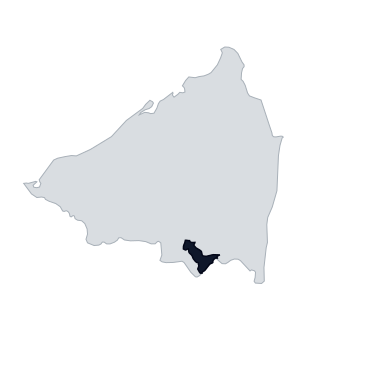 where Madriz sits in Nicaragua, rotated 230°
{"feature_id": "NIC-665", "entity_name": "Madriz", "entity_type": "Department", "adm_level": 1, "iso_a3": "NIC", "parent_name": "Nicaragua", "parent_adm1": "", "projection": "robinson", "projection_center": [-86.499, 13.43], "detail": "fine", "context": "in_parent", "style": "filled", "palette": "ink", "viewbox_px": 384, "rotation_deg": 230, "n_neighbors": 0, "source": "natural_earth", "source_scale": "10m", "svg_char_len": 3357}
<svg xmlns="http://www.w3.org/2000/svg" viewBox="0 0 384 384"><g transform="rotate(230 192 192)"><path d="M306.8,68.6L305.4,70.8L303.8,72.2L300.6,79.1L299.5,79.7L299.3,74.6L297.3,73.9L295.1,75.8L293.8,78.4L295.8,81.8L297.5,81.9L299.6,82.8L305.4,106.6L304.2,110.9L300.7,117.5L297.4,123.1L294.0,126.6L289.9,141.6L286.2,165.9L289.0,187.8L287.7,208.0L288.9,212.8L289.3,218.7L286.5,219.8L284.9,219.6L283.3,216.0L283.5,212.8L285.1,209.0L285.8,203.9L285.0,201.2L283.4,207.0L280.5,209.7L278.7,210.6L276.8,213.5L278.8,219.0L281.3,223.1L282.1,226.0L281.2,229.5L280.7,241.3L279.8,240.9L278.9,239.3L276.2,239.2L275.9,244.0L276.2,246.7L273.9,248.7L273.1,250.8L275.0,252.2L277.0,253.1L279.5,252.9L281.5,258.7L282.2,263.5L277.5,267.9L275.9,271.5L273.2,275.9L271.7,280.3L271.2,283.4L273.1,293.2L276.4,300.2L279.1,304.7L282.8,305.7L282.0,310.3L279.2,313.3L274.2,315.8L268.7,316.2L259.6,313.9L255.9,313.6L254.5,312.4L254.1,310.1L251.5,306.6L246.7,302.0L244.0,302.3L239.5,301.3L232.1,298.2L228.7,297.8L223.8,300.5L218.1,304.0L204.3,298.5L194.6,294.6L185.9,291.2L183.6,289.8L181.7,290.1L180.1,291.9L178.2,295.2L177.6,296.1L176.6,297.0L175.4,297.2L175.4,295.7L171.1,289.3L164.3,281.6L138.4,257.9L128.9,243.8L123.8,233.6L118.9,228.3L104.9,217.4L101.7,213.1L87.9,198.6L77.3,190.1L77.2,186.5L81.5,182.0L83.7,182.2L86.0,185.5L89.7,189.1L91.5,189.2L94.1,187.5L94.2,185.7L108.3,185.0L110.9,184.1L113.4,181.4L114.8,177.7L115.0,174.1L115.5,171.5L117.8,169.0L121.9,168.3L125.1,168.0L126.1,166.3L125.1,160.9L123.4,147.6L123.1,143.9L123.6,141.2L124.9,140.1L131.2,139.5L143.1,140.6L145.4,139.8L150.2,132.2L154.6,126.7L157.7,124.2L160.2,123.5L163.1,128.4L173.1,135.4L174.8,135.0L175.8,134.6L176.2,133.6L176.0,130.4L178.5,127.4L183.7,124.7L188.9,120.1L194.2,113.4L198.7,109.4L202.6,108.3L204.0,106.4L203.1,103.9L203.4,100.4L204.9,95.9L207.2,93.2L210.1,92.5L211.3,91.1L210.7,88.9L211.2,86.5L213.9,82.6L220.2,79.3L223.9,80.4L226.9,84.9L231.1,87.9L236.7,89.6L240.9,89.0L244.0,86.2L246.7,85.3L249.2,86.4L250.4,85.8L250.6,83.4L251.8,82.9L254.2,84.2L256.3,84.5L258.2,83.9L258.9,82.7L259.3,81.6L260.6,80.7L265.4,81.6L270.7,80.2L276.7,76.6L280.6,75.0L282.5,75.4L284.8,73.6L287.5,69.6L293.7,67.8L306.8,68.6Z" fill="#d9dde1" stroke="#a8b0b8" stroke-width="1"/><path d="M125.0,168.9L125.3,168.6L126.0,167.9L126.4,167.2L126.5,166.3L126.2,164.6L126.1,164.3L125.8,163.5L125.4,163.2L125.1,163.1L124.8,162.9L124.6,162.3L124.7,161.5L125.3,159.9L125.4,159.0L123.8,152.0L123.7,151.0L124.1,149.2L124.0,148.2L123.8,147.9L123.4,147.5L123.8,147.1L124.2,146.5L124.4,146.3L124.6,146.2L125.7,146.2L129.3,146.9L130.3,148.6L130.5,149.1L131.0,149.6L131.5,150.1L132.4,150.4L133.0,150.8L133.6,151.4L134.4,151.0L134.9,150.4L136.1,150.1L136.6,150.0L140.2,150.1L143.1,151.1L144.7,151.1L146.8,150.8L147.4,150.9L148.2,151.1L149.2,151.8L150.7,152.6L151.2,152.0L151.5,150.3L151.7,149.9L151.8,149.7L152.9,149.2L153.9,148.8L155.7,150.4L156.1,150.9L156.6,151.6L157.7,153.8L159.3,155.9L158.8,156.5L156.8,158.3L156.3,158.9L155.7,158.6L155.0,158.6L154.2,158.8L153.3,159.6L151.5,161.8L151.0,161.1L150.5,159.8L150.3,159.4L149.4,159.1L146.5,159.2L142.6,160.6L140.5,161.0L138.3,159.9L137.6,159.5L137.0,159.3L135.7,159.5L133.6,161.5L131.5,165.6L131.1,166.6L130.2,168.1L125.9,172.9L126.3,171.2L126.5,170.8L126.5,170.4L126.4,170.0L126.3,169.5L126.0,169.3L125.0,169.0L125.0,168.9Z" fill="#0f172a" stroke="#020617" stroke-width="1.5"/></g></svg>